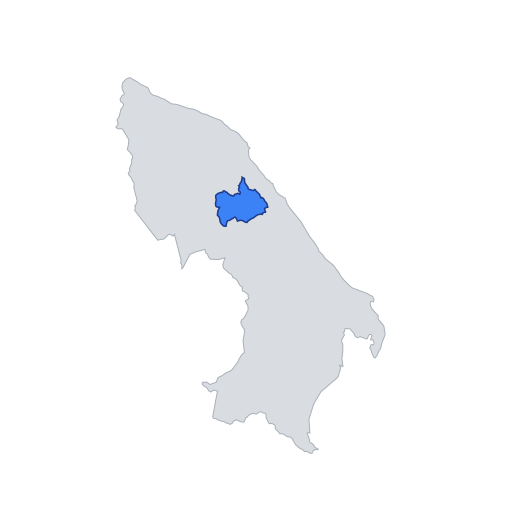 location of Junín within Peru, rotated 165°
{"feature_id": "PER-590", "entity_name": "Junín", "entity_type": "Department", "adm_level": 1, "iso_a3": "PER", "parent_name": "Peru", "parent_adm1": "", "projection": "equal_earth", "projection_center": [-74.886, -11.684], "detail": "fine", "context": "in_parent", "style": "filled", "palette": "blue", "viewbox_px": 512, "rotation_deg": 165, "n_neighbors": 0, "source": "natural_earth", "source_scale": "10m", "svg_char_len": 7371}
<svg xmlns="http://www.w3.org/2000/svg" viewBox="0 0 512 512"><g transform="rotate(165 256 256)"><path d="M341.0,145.8L340.9,147.2L339.6,148.0L338.3,146.9L336.4,147.2L333.7,143.8L327.1,144.4L324.1,148.4L319.8,149.2L315.0,151.0L309.5,151.8L301.0,158.2L299.1,160.8L295.2,164.5L292.1,165.8L290.5,177.3L287.4,184.1L286.2,187.8L287.9,193.3L287.8,196.1L286.1,198.3L284.7,198.5L281.8,200.9L277.5,206.0L276.7,209.9L278.1,215.0L277.6,215.6L274.0,216.6L274.1,219.5L273.4,220.6L276.4,224.7L278.1,225.7L278.2,226.7L277.9,227.8L277.2,228.2L277.1,229.1L279.3,232.2L280.9,238.4L284.1,241.4L284.1,243.3L285.0,245.3L286.7,246.7L290.5,252.9L290.5,255.7L286.5,262.3L293.1,262.3L300.4,264.5L301.4,265.5L302.3,268.5L302.3,270.4L303.8,272.0L303.6,275.6L313.2,275.6L319.4,274.7L329.4,263.8L331.0,262.9L330.2,265.2L330.0,267.0L330.6,268.9L329.4,271.5L329.2,298.1L331.0,296.7L333.3,299.2L335.0,299.3L340.5,296.3L346.9,296.8L361.4,331.5L360.1,333.8L360.2,335.6L358.4,337.1L356.5,339.9L356.3,353.6L354.8,357.8L355.6,359.9L356.4,364.3L357.7,366.9L358.0,368.6L357.9,369.3L355.8,370.7L355.6,373.2L351.9,378.1L351.2,381.4L349.8,382.5L349.6,386.2L352.8,392.3L350.7,395.9L348.7,401.3L351.9,412.5L353.2,414.1L354.7,414.0L356.9,415.0L358.0,416.7L355.3,418.8L354.9,419.8L355.0,423.4L352.0,426.2L348.1,433.3L347.0,433.6L345.0,435.7L344.6,436.8L344.9,437.8L346.6,439.9L346.8,442.5L343.9,445.7L341.9,446.0L341.1,446.8L341.9,451.2L341.9,453.2L341.2,455.4L339.8,457.9L335.6,460.5L331.7,461.0L325.2,454.5L323.2,451.9L316.8,446.4L315.8,440.6L313.6,437.8L309.7,435.7L306.5,432.7L304.2,431.4L298.3,424.9L293.0,422.8L283.0,416.0L277.7,413.7L270.8,407.3L267.1,405.5L264.1,402.6L255.0,396.2L253.6,394.2L252.2,391.0L250.2,389.1L247.9,384.8L244.5,382.3L241.3,378.9L237.3,369.9L235.4,367.8L235.3,363.7L233.9,361.8L235.9,360.5L237.1,354.0L236.5,350.8L231.8,342.2L230.9,338.6L227.6,332.0L226.3,328.0L223.6,325.1L222.5,322.6L221.0,321.6L220.9,318.5L219.8,312.7L218.3,309.8L212.9,304.3L212.4,298.4L211.2,294.2L203.7,277.5L199.3,261.4L195.6,252.4L194.1,247.2L193.9,244.4L191.2,239.7L189.7,235.3L183.6,226.9L180.0,217.5L179.5,214.7L177.1,209.6L173.2,202.9L171.2,200.2L159.5,191.9L153.9,186.8L153.3,184.3L153.5,182.7L154.7,181.3L156.4,182.4L157.4,182.0L158.2,180.1L158.2,177.3L157.2,173.7L153.4,166.8L154.4,163.6L150.6,155.6L151.4,147.7L152.3,145.7L158.0,137.8L159.5,134.4L162.0,132.3L164.4,129.1L167.4,126.6L168.3,127.5L169.2,131.7L169.1,134.6L169.9,137.7L167.8,140.6L165.6,140.0L164.7,140.7L164.4,142.0L164.7,144.2L165.3,145.1L167.0,145.2L164.7,149.3L164.9,150.2L166.5,150.9L168.0,149.9L169.6,147.5L170.6,147.1L176.3,151.2L179.0,150.7L181.0,152.6L181.3,155.6L184.2,161.4L188.4,162.8L189.2,162.3L190.1,160.2L191.1,159.8L191.2,156.6L194.9,153.1L195.5,150.8L195.0,149.1L195.1,147.8L197.2,140.2L197.9,139.4L198.5,136.9L199.4,135.4L200.6,126.8L201.6,126.9L202.6,128.9L203.8,128.4L203.1,126.5L203.3,125.8L207.4,118.9L208.7,117.5L228.5,108.0L238.4,98.3L247.1,84.7L249.8,71.0L250.8,71.9L252.5,71.6L251.9,66.1L252.3,63.4L252.3,62.6L249.6,59.3L248.5,55.7L246.1,53.6L246.2,52.9L248.7,53.6L251.0,53.3L252.9,51.0L254.4,51.2L257.6,54.3L260.0,54.6L260.8,56.8L263.1,58.4L266.5,63.2L268.0,68.4L267.9,69.3L269.3,72.0L272.5,73.3L275.8,77.1L279.1,78.3L280.6,81.8L281.5,82.8L281.9,84.8L281.4,87.1L281.9,88.3L284.4,90.4L286.5,90.5L286.9,91.4L288.1,97.1L287.3,100.0L287.6,101.6L290.4,103.0L291.2,104.2L293.4,104.4L296.5,103.2L300.4,105.0L303.3,104.3L304.7,103.9L306.1,102.6L307.3,102.7L310.3,99.0L311.1,98.7L314.4,100.3L317.1,102.8L320.5,102.4L321.9,100.8L324.3,100.0L328.7,103.0L329.7,104.4L330.9,104.7L335.6,107.8L336.4,109.0L338.9,110.1L339.4,111.1L339.3,112.2L328.2,135.5L331.6,137.4L334.8,136.3L336.4,137.8L337.7,141.6L340.2,144.1L341.0,145.8Z" fill="#d9dde1" stroke="#a8b0b8" stroke-width="1"/><path d="M282.7,305.1L282.6,305.8L281.8,307.9L280.9,309.8L279.3,311.5L278.7,311.9L278.6,312.1L278.6,312.3L278.6,312.5L278.8,312.7L279.2,312.6L279.4,312.7L279.6,312.7L280.2,313.1L280.7,313.3L280.9,313.4L281.2,313.6L281.6,314.1L281.8,314.4L281.8,314.6L281.8,314.8L281.8,315.2L281.6,317.1L281.5,317.3L279.9,320.5L279.8,321.1L279.8,321.3L279.8,322.3L279.8,322.8L279.7,323.3L279.6,323.7L279.3,324.6L279.2,324.7L279.0,325.1L278.9,325.2L278.7,325.3L278.2,325.6L276.2,326.3L275.6,326.4L273.9,326.4L273.2,326.5L272.9,326.4L272.6,326.2L272.3,326.1L272.1,326.1L271.9,326.2L271.6,326.4L271.2,326.9L271.0,327.1L270.7,327.3L270.4,327.3L269.7,327.0L269.5,326.9L269.4,326.7L269.1,326.4L268.9,326.2L268.5,325.7L268.4,325.6L268.3,325.4L267.7,325.2L267.5,324.9L267.4,324.8L267.3,324.5L267.2,324.1L266.9,323.5L266.0,322.6L264.9,321.3L264.8,321.1L264.7,321.1L264.2,321.1L263.4,320.3L263.1,320.1L262.7,320.1L262.0,319.9L261.9,319.9L261.7,319.9L261.6,320.0L261.4,320.4L261.3,320.7L261.2,320.8L260.3,321.1L259.9,321.2L259.7,321.1L259.4,321.1L259.2,321.0L259.0,320.9L258.8,320.9L258.1,321.2L257.7,321.3L257.4,321.3L257.2,321.2L256.9,321.1L256.7,320.9L256.4,320.7L256.0,320.0L255.9,319.9L255.7,319.8L255.5,320.0L255.4,320.3L255.3,320.5L255.2,320.6L254.9,321.1L254.7,321.2L254.7,321.4L254.7,321.6L254.8,321.8L254.8,322.1L255.0,322.4L255.4,322.8L255.5,323.0L255.7,323.4L255.7,324.0L255.7,324.5L255.1,325.9L255.0,326.1L254.9,326.3L254.7,326.5L254.4,326.6L254.1,326.7L254.0,326.8L254.0,327.0L254.2,327.5L254.3,328.1L254.4,328.4L254.5,328.5L253.6,328.9L253.2,329.2L252.7,330.2L252.6,330.4L252.3,330.5L252.1,330.6L251.8,330.7L251.6,330.9L250.4,332.6L250.2,332.9L250.1,333.1L249.9,333.7L249.8,334.0L249.7,334.2L249.5,334.3L249.4,334.4L249.2,334.5L249.0,334.9L249.0,335.3L249.0,335.6L248.0,334.7L247.4,334.2L247.2,333.8L247.2,333.5L247.3,332.8L247.6,332.0L247.6,331.5L247.8,329.6L247.6,328.7L247.4,328.4L246.2,325.1L246.0,324.7L245.9,324.3L246.3,323.5L246.2,323.1L246.1,322.9L245.3,322.0L244.0,321.4L243.5,321.0L243.4,320.9L241.9,320.0L241.7,319.9L241.4,320.0L241.2,320.0L240.4,320.5L240.1,320.6L239.9,320.6L239.7,320.3L239.5,320.1L238.9,318.1L238.3,317.5L238.0,317.2L237.9,317.1L237.8,316.9L237.7,316.2L237.5,315.9L236.8,314.9L236.7,314.7L236.6,314.4L236.6,313.5L236.4,312.5L236.4,311.5L236.4,311.2L236.1,310.8L235.8,310.7L235.6,310.7L235.3,311.0L235.2,311.0L235.0,310.6L234.8,310.4L234.4,310.2L234.2,310.0L234.1,309.6L233.8,309.2L233.3,306.9L233.2,306.4L233.0,306.0L232.2,304.9L232.0,303.9L231.9,301.6L232.0,300.1L232.9,300.2L233.3,300.2L235.4,299.7L235.6,298.9L235.6,298.5L235.5,297.7L235.4,296.5L235.4,296.0L235.5,295.8L235.8,295.8L236.1,296.0L236.8,296.1L237.1,296.1L237.6,296.0L238.0,295.7L239.1,294.6L239.3,294.5L239.5,294.5L239.8,295.1L240.0,295.3L244.2,295.3L247.9,293.8L249.3,293.3L250.9,293.2L251.5,293.1L252.1,292.7L254.6,291.9L254.9,291.7L255.1,291.4L255.3,291.2L255.7,290.9L256.0,290.8L256.3,290.8L256.5,290.8L257.3,291.3L258.2,292.0L259.4,293.3L259.7,293.5L260.4,294.0L261.9,294.6L264.9,294.5L265.2,296.6L265.4,297.4L265.4,297.7L265.9,298.6L266.1,298.8L266.4,299.0L266.9,299.0L267.6,298.8L267.9,298.6L268.2,298.3L268.4,298.2L268.7,298.1L269.7,298.2L270.0,298.1L270.3,298.1L270.6,297.8L271.5,297.5L271.8,297.5L272.0,297.4L272.5,297.3L272.8,297.3L273.0,297.2L273.8,297.4L274.3,297.3L274.5,297.2L274.8,297.1L275.0,296.8L275.2,296.5L276.5,294.2L277.1,292.7L277.3,292.5L277.6,292.5L278.0,292.7L278.3,292.9L279.1,293.1L279.3,293.2L279.4,293.3L279.7,293.6L279.9,293.9L280.6,294.9L281.2,296.2L281.7,297.8L281.7,298.0L281.7,298.8L281.4,301.8L281.4,302.0L281.4,302.3L281.8,303.6L282.0,304.2L282.4,304.8L282.7,305.1Z" fill="#3b82f6" stroke="#1e3a8a" stroke-width="1.5"/></g></svg>